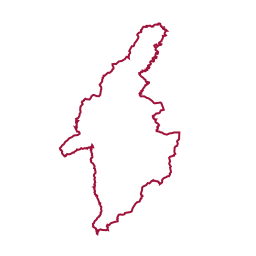 outline of Banjarnegara, Jawa Tengah, Indonesia, rotated 137°
{"feature_id": "22746128B31481808975183", "entity_name": "Banjarnegara", "entity_type": "district", "adm_level": 2, "iso_a3": "IDN", "parent_name": "Indonesia", "parent_adm1": "Jawa Tengah", "projection": "orthographic", "projection_center": [109.665, -7.356], "detail": "fine", "context": "isolated", "style": "outline", "palette": "rose", "viewbox_px": 256, "rotation_deg": 137, "n_neighbors": 0, "source": "geoboundaries", "source_scale": "gbopen_adm2", "svg_char_len": 5834}
<svg xmlns="http://www.w3.org/2000/svg" viewBox="0 0 256 256"><g transform="rotate(137 128 128)"><path d="M221.9,73.0L222.8,72.1L222.7,71.3L220.7,72.8L220.0,72.7L218.7,73.2L217.1,72.5L216.4,71.0L213.5,68.0L213.1,68.1L212.4,67.6L212.2,67.1L211.2,68.8L210.3,69.1L210.5,70.6L208.9,71.3L207.9,69.8L205.5,70.1L201.8,68.4L199.2,66.8L198.2,67.9L198.3,68.5L197.8,68.9L197.2,68.9L197.0,69.7L194.0,70.9L192.4,69.9L191.6,68.6L189.8,67.5L189.4,67.3L188.1,67.9L183.6,64.9L182.2,64.5L179.2,66.2L174.2,67.5L171.8,67.5L169.6,66.3L166.9,67.7L166.3,67.3L164.8,68.5L164.1,68.3L164.0,68.9L163.6,69.0L164.0,70.2L163.5,71.1L159.9,73.1L158.5,74.6L157.4,75.0L153.4,73.8L151.2,74.3L150.0,72.8L146.8,73.1L146.1,72.6L145.2,72.7L145.3,71.8L144.3,71.2L144.0,70.3L142.7,68.9L142.9,68.5L142.4,67.7L142.8,66.6L142.3,66.3L142.2,65.6L142.7,65.2L140.4,64.9L139.3,65.6L138.6,66.7L136.2,67.0L133.3,65.9L132.2,65.8L130.8,64.8L129.1,65.3L128.5,66.2L126.6,66.4L124.2,70.4L123.0,70.6L122.4,73.5L121.3,74.5L120.0,74.8L118.3,78.1L116.8,78.3L113.2,76.4L112.8,77.1L111.1,76.8L110.9,77.9L110.2,79.1L107.2,81.9L105.6,82.1L104.6,81.5L103.4,81.9L102.2,82.7L101.2,84.8L100.1,85.0L99.3,84.8L98.2,85.1L93.5,89.7L97.4,93.4L98.8,93.9L101.3,95.7L104.0,96.6L105.6,98.9L106.3,101.7L107.1,102.5L107.9,104.5L109.0,105.7L109.2,106.4L108.2,107.2L107.4,106.9L106.0,107.6L105.8,107.9L106.1,108.5L105.8,108.8L105.2,108.4L104.2,108.6L104.1,109.0L103.3,109.0L103.1,110.5L103.9,113.4L103.2,114.4L101.6,115.0L102.2,115.5L102.5,114.9L102.8,115.0L102.4,116.5L102.9,117.2L102.6,118.4L101.8,118.5L102.0,119.2L101.7,119.9L99.5,119.3L97.5,119.4L97.2,119.0L96.6,118.8L96.2,118.2L94.4,117.5L92.0,118.5L89.6,116.9L89.2,117.2L86.6,123.6L86.9,124.5L91.6,127.8L92.0,128.5L91.9,131.4L92.7,135.6L93.8,137.4L94.4,139.9L97.1,142.5L97.0,143.8L96.3,144.0L96.2,144.9L95.0,144.2L94.8,145.6L93.0,145.2L92.8,146.0L91.6,145.5L91.2,146.2L86.7,147.1L86.3,147.5L85.2,146.9L84.1,147.5L83.8,147.0L83.2,147.3L82.8,146.6L81.8,146.7L81.5,147.1L83.3,149.7L82.4,151.3L82.7,153.0L82.7,154.9L83.2,156.7L83.0,159.6L82.5,159.5L82.2,160.4L81.3,159.7L80.1,160.2L79.3,159.2L78.2,160.1L76.8,157.8L76.1,157.7L76.1,158.3L75.5,158.8L74.2,157.3L73.7,157.7L74.3,158.2L73.1,158.9L72.3,158.7L71.8,157.5L71.1,157.6L70.8,158.3L71.3,159.5L70.9,159.9L70.1,159.9L68.5,159.0L67.8,159.2L67.3,159.5L67.1,160.8L66.3,161.3L64.9,161.0L64.3,159.3L63.4,159.2L62.3,160.3L62.3,160.8L62.9,161.5L62.3,162.3L60.3,161.8L60.1,160.1L59.7,159.8L58.6,160.6L59.2,161.4L58.2,162.7L56.6,163.6L55.9,162.1L55.5,162.0L55.0,162.4L55.7,163.0L55.6,163.3L54.1,163.5L54.6,166.4L52.5,167.9L53.1,169.0L52.7,170.3L51.4,170.3L50.2,169.7L50.7,167.5L49.1,167.6L47.2,166.3L46.5,166.5L47.5,168.3L47.5,168.9L47.1,169.2L44.3,168.7L43.6,169.2L41.6,169.8L40.2,170.8L39.7,171.6L38.0,170.1L37.1,169.9L37.1,171.7L36.7,172.3L34.1,173.2L33.2,172.5L33.3,173.7L33.8,173.6L34.0,174.1L34.1,175.1L33.7,175.7L34.3,175.8L34.7,176.6L34.5,177.2L33.6,177.5L34.3,177.9L34.5,178.7L34.1,179.6L34.4,180.0L34.2,180.9L33.4,182.2L33.5,182.7L34.2,183.5L35.0,183.6L35.4,183.1L35.9,183.3L36.9,184.6L38.3,185.4L39.8,185.4L40.2,185.1L40.9,185.9L41.3,185.7L41.9,186.6L42.1,187.9L43.7,188.9L44.9,190.2L45.5,190.1L45.7,189.4L47.7,191.5L48.8,191.4L50.4,190.7L51.8,190.8L52.2,190.3L52.2,189.7L52.9,189.2L55.0,190.2L57.0,190.2L57.8,189.8L58.0,187.8L59.0,186.9L61.9,186.0L65.3,185.5L67.7,184.1L68.5,184.3L69.5,185.2L74.2,183.6L74.7,183.3L74.5,182.6L75.2,181.4L77.4,181.0L78.0,180.2L79.0,179.7L79.7,178.6L80.0,180.5L80.4,181.1L83.2,180.5L86.8,181.3L89.3,182.9L93.2,182.9L94.1,184.1L95.8,185.3L96.6,184.3L97.1,182.5L97.9,181.5L98.6,181.2L99.4,181.5L100.8,180.8L103.8,180.9L105.0,182.1L109.3,182.2L110.1,182.9L110.6,182.2L112.4,182.0L112.6,181.4L113.8,181.0L115.2,179.6L119.0,179.0L118.9,178.4L119.6,177.9L119.6,176.3L121.0,174.6L121.8,174.3L125.7,171.2L127.3,171.0L127.9,171.3L129.1,172.6L130.3,175.2L130.9,175.9L133.1,176.1L135.0,175.3L136.7,175.1L139.1,177.8L139.2,178.5L140.9,178.6L141.3,178.1L142.4,178.2L143.2,178.7L144.4,178.1L144.8,176.4L148.2,176.0L150.8,173.7L151.1,172.8L152.4,171.6L153.7,171.4L155.2,170.0L157.4,169.3L159.8,170.1L160.0,169.5L160.8,168.8L160.3,168.8L159.5,167.3L160.3,167.2L160.5,167.6L161.3,166.8L162.5,166.8L162.8,165.8L163.6,165.0L164.4,164.8L164.6,163.7L165.3,163.2L165.8,163.0L166.3,164.4L167.7,160.0L166.5,158.8L166.7,157.5L167.3,156.8L169.5,157.1L172.7,159.4L175.4,159.6L178.0,160.6L181.0,160.3L183.3,160.7L185.9,159.9L188.4,160.2L189.2,159.8L191.6,159.7L192.3,158.2L191.9,157.4L192.2,157.2L192.0,156.3L192.2,155.6L192.9,155.3L193.5,154.4L193.7,150.8L192.4,150.6L192.8,150.0L192.5,149.9L190.3,150.5L188.7,148.6L186.6,147.9L185.3,147.8L184.4,146.9L183.7,147.2L181.1,146.7L179.9,147.1L179.6,146.2L177.8,145.2L176.0,145.2L175.6,143.9L174.6,143.2L173.4,142.8L172.9,142.0L171.8,141.5L171.9,140.7L170.1,140.7L168.3,139.3L167.1,139.3L165.9,140.0L166.0,139.2L166.7,137.6L167.5,138.3L168.5,138.1L169.4,138.3L169.4,137.2L170.5,137.1L170.6,136.0L171.3,135.5L171.9,133.4L173.1,132.8L173.3,131.7L174.0,130.9L174.4,130.7L175.6,131.1L176.9,130.3L177.0,129.5L177.8,129.0L178.2,128.1L177.8,125.9L178.4,122.9L180.2,121.7L179.9,121.2L180.2,120.2L180.8,119.7L181.5,118.2L182.6,117.2L183.4,117.4L185.0,116.8L185.6,116.1L186.1,114.1L187.7,113.4L188.1,112.0L189.3,110.8L189.2,110.5L190.6,110.0L190.8,109.4L191.3,109.4L191.3,108.5L192.0,108.3L192.3,107.8L193.1,108.1L192.9,107.7L193.5,107.0L193.9,107.0L194.0,106.2L194.7,105.8L195.0,104.5L195.9,103.8L196.4,103.9L196.8,102.4L197.4,102.0L196.9,100.6L197.5,100.1L196.8,99.4L198.1,98.0L198.7,95.8L199.9,93.2L199.6,92.0L200.6,91.9L200.4,91.4L201.3,89.7L201.3,88.5L203.0,87.1L203.7,85.7L204.6,84.9L205.7,84.9L206.4,83.7L207.1,83.7L208.3,83.0L209.1,83.3L210.2,82.8L211.2,83.2L212.3,83.0L213.1,82.5L215.3,82.6L216.6,82.4L217.6,81.7L219.0,81.8L220.2,80.0L220.9,79.7L220.0,76.4L220.6,75.6L220.3,74.5L221.5,74.1L221.9,73.0Z" fill="none" stroke="#9f1239" stroke-width="2"/></g></svg>